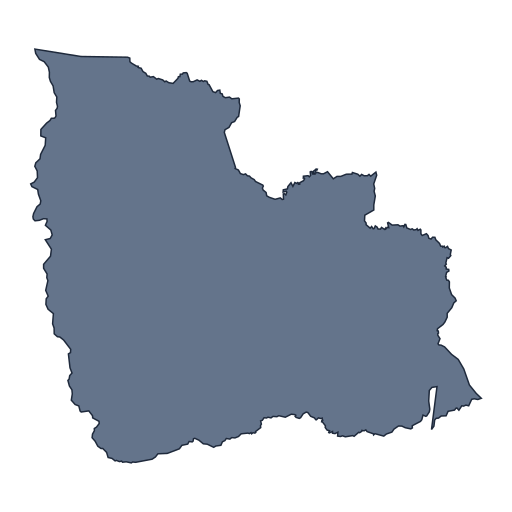 Aripuanã, Mato Grosso, Brazil (Robinson projection)
{"feature_id": "56859067B70029021148533", "entity_name": "Aripuanã", "entity_type": "district", "adm_level": 2, "iso_a3": "BRA", "parent_name": "Brazil", "parent_adm1": "Mato Grosso", "projection": "robinson", "projection_center": [-59.67, -10.104], "detail": "fine", "context": "isolated", "style": "filled", "palette": "slate", "viewbox_px": 512, "rotation_deg": 0, "n_neighbors": 0, "source": "geoboundaries", "source_scale": "gbopen_adm2", "svg_char_len": 5968}
<svg xmlns="http://www.w3.org/2000/svg" viewBox="0 0 512 512"><path d="M315.3,169.8L313.2,171.4L313.9,173.3L315.1,173.3L315.0,174.1L312.6,174.0L312.0,171.9L311.1,171.4L310.2,171.9L310.6,175.4L309.3,176.8L308.1,175.7L303.4,176.2L303.3,178.1L304.1,178.0L304.6,178.8L303.5,180.7L299.9,182.6L299.7,184.2L298.4,184.3L298.5,183.1L297.8,182.5L296.5,183.4L294.9,182.5L292.9,186.4L291.0,182.7L287.9,186.5L287.4,188.9L283.3,189.8L283.1,192.1L286.3,191.2L286.8,192.2L285.8,194.9L284.3,193.7L283.3,193.9L283.5,199.2L282.2,199.5L280.3,197.9L275.1,199.3L269.3,197.3L266.7,195.8L266.1,192.5L263.1,190.0L262.4,188.1L263.3,186.1L262.8,185.1L255.5,181.5L254.2,179.6L251.0,177.8L249.5,176.1L247.4,175.8L245.6,173.9L243.4,174.6L240.4,173.6L238.4,170.0L235.1,168.5L235.5,167.4L224.3,132.4L225.0,129.7L229.0,127.4L231.6,122.7L234.6,121.5L237.2,117.3L238.6,116.5L240.2,105.8L239.2,102.5L239.3,99.0L238.5,98.1L231.8,98.8L229.5,97.1L225.3,97.7L222.9,96.3L222.2,93.9L220.3,93.3L219.8,90.1L217.5,90.5L215.6,92.6L212.9,91.7L209.1,84.7L208.1,84.4L206.9,81.3L204.6,80.8L203.3,81.5L201.4,80.3L199.9,81.3L197.1,79.9L193.3,81.7L191.1,81.8L189.7,81.1L187.2,73.3L186.3,72.6L183.2,72.9L182.5,74.1L180.3,74.2L179.9,76.6L178.4,76.7L177.9,78.4L173.1,83.4L168.8,82.7L166.1,81.0L164.8,81.8L162.7,79.9L158.3,78.5L156.7,79.2L153.4,76.6L150.2,77.2L149.3,76.2L147.3,76.0L145.8,73.3L143.0,71.6L141.1,68.2L138.7,67.7L138.0,67.3L138.3,66.3L136.2,66.0L131.3,63.0L129.9,61.7L129.8,58.1L127.5,57.2L81.0,56.5L34.9,49.1L35.7,53.4L39.5,59.4L44.2,61.7L48.3,67.1L49.4,72.2L49.3,77.5L50.4,81.3L53.1,85.9L54.2,92.7L56.8,97.0L56.5,102.3L57.5,106.4L57.1,108.4L55.5,110.4L56.0,115.9L55.5,117.0L54.5,118.2L51.3,118.3L50.0,120.5L46.6,123.1L40.9,129.4L40.8,135.9L45.7,137.8L45.2,145.3L40.6,154.4L40.0,158.8L35.8,162.8L34.8,166.3L37.2,170.9L37.5,177.7L34.2,182.1L30.7,183.9L31.9,186.6L37.7,189.5L38.4,194.1L40.8,200.8L40.2,204.0L37.0,206.7L33.6,213.5L32.9,216.7L33.3,219.0L35.0,220.8L39.4,220.3L43.5,218.7L46.9,218.9L47.1,221.4L45.4,225.3L50.8,230.0L52.2,234.9L50.2,238.5L45.3,239.7L51.4,249.2L50.5,256.2L43.6,264.3L43.6,268.3L47.1,274.0L46.8,277.7L47.9,280.6L45.7,290.4L48.2,296.2L46.2,298.8L45.9,304.4L48.1,309.3L53.4,313.6L52.6,323.8L54.1,328.0L54.2,333.8L57.4,336.7L59.8,337.0L63.6,340.0L70.7,349.3L70.5,352.6L68.4,353.9L70.0,367.8L72.0,373.0L69.7,375.6L69.1,379.1L67.9,380.4L69.4,386.0L71.9,389.8L72.3,393.9L71.3,400.2L75.1,404.5L78.8,405.9L80.1,411.0L81.2,412.0L88.8,410.9L92.5,415.7L92.7,417.9L99.0,421.3L99.2,423.5L96.5,427.1L94.3,428.5L94.4,430.7L92.5,434.1L92.1,437.7L95.2,441.3L97.8,446.2L101.0,448.5L102.8,448.5L106.6,452.4L108.1,457.5L112.0,458.4L115.1,460.9L116.4,460.4L119.5,461.6L121.6,461.1L122.5,462.2L126.3,461.8L131.3,462.9L132.6,462.0L135.6,462.3L152.1,459.2L155.4,457.0L157.9,453.8L167.3,453.4L179.4,448.8L181.9,445.3L187.7,444.1L189.1,441.5L192.2,441.9L193.1,441.1L193.5,438.7L194.8,438.3L198.8,440.1L203.3,443.8L207.3,444.2L213.7,447.3L215.9,446.0L220.9,445.3L222.4,441.8L224.9,440.6L226.3,438.5L229.9,439.1L231.7,437.6L235.0,437.9L238.5,436.5L241.2,433.8L247.9,433.1L249.4,433.6L251.0,432.6L251.6,433.8L253.0,432.7L254.9,433.1L255.8,432.4L255.5,431.6L260.7,427.6L260.5,425.6L261.4,424.1L260.6,420.9L262.3,420.3L264.1,417.7L266.5,418.0L268.0,417.2L271.0,417.9L273.0,416.4L276.9,416.7L278.8,415.7L285.3,417.2L291.3,414.2L294.9,414.6L295.8,415.2L295.1,416.3L296.1,417.4L299.3,418.4L300.6,417.7L303.2,413.8L306.2,412.1L307.8,412.5L310.7,416.3L314.5,417.9L315.7,419.7L316.4,419.8L318.4,417.9L321.2,418.6L322.1,418.1L322.7,420.4L321.8,420.7L321.6,421.8L322.5,422.0L325.4,425.8L325.2,427.5L327.1,430.1L329.5,430.7L328.7,432.5L329.3,432.9L332.5,431.5L332.5,433.2L335.0,433.6L337.9,432.2L337.6,436.1L340.5,436.5L342.5,435.8L345.3,436.8L352.7,435.6L354.1,436.3L358.7,432.3L359.6,432.7L361.8,431.3L361.9,430.4L364.1,430.8L365.8,429.9L367.1,431.6L373.4,433.8L373.6,434.9L375.0,433.7L383.8,436.1L386.4,434.0L391.9,432.1L394.0,429.1L398.5,426.0L401.9,426.1L405.2,427.7L410.8,428.9L412.4,427.9L412.2,425.9L413.0,425.3L420.5,421.4L421.8,419.7L423.0,415.1L425.8,416.3L426.7,415.9L429.3,411.9L429.8,409.1L428.7,401.0L429.3,390.5L431.9,387.4L437.0,386.6L431.5,429.5L433.9,426.2L434.7,419.9L436.2,418.3L438.5,418.1L441.2,416.0L446.1,415.8L448.1,411.3L454.5,410.1L456.0,408.2L456.9,408.0L458.9,410.2L461.8,405.8L463.6,406.1L465.9,405.1L468.7,405.8L471.7,399.3L474.3,398.8L477.8,399.5L481.3,398.3L476.2,393.4L469.4,385.0L463.8,369.0L458.2,359.4L451.6,354.4L444.6,346.9L441.0,345.1L439.0,345.0L438.0,343.8L440.0,338.7L437.8,335.2L437.8,333.6L438.5,333.1L438.3,331.0L437.2,330.7L437.5,328.7L443.0,324.5L444.9,322.0L447.2,317.2L447.2,313.3L451.8,307.7L453.8,302.9L456.2,300.8L455.1,298.1L451.6,294.6L449.3,288.0L449.4,281.9L448.4,280.3L446.8,280.1L445.8,277.7L446.2,276.9L445.6,276.5L446.6,272.4L448.9,271.0L448.7,269.4L446.2,269.0L446.2,267.2L444.7,265.9L446.3,264.2L445.8,263.0L447.1,257.7L448.5,258.3L450.8,255.6L450.3,254.5L451.2,250.0L448.5,248.6L447.5,246.4L445.6,247.7L444.7,247.6L444.2,246.2L442.8,247.0L442.6,246.2L440.7,246.2L439.5,243.4L435.8,239.8L434.9,237.3L432.6,237.2L431.0,239.1L428.8,238.2L428.1,235.6L426.4,233.7L422.2,235.5L420.9,233.7L420.9,230.0L420.3,229.2L418.0,230.4L417.1,228.7L416.2,229.6L413.8,230.0L412.2,228.8L410.5,229.5L406.8,227.9L405.8,224.5L404.9,224.4L403.8,226.9L403.1,225.7L400.0,226.1L398.0,224.8L392.2,225.1L388.4,222.4L387.6,222.9L388.7,227.6L387.5,227.3L385.9,228.9L385.7,228.0L384.6,229.4L381.5,227.4L380.5,229.1L378.0,229.0L377.2,227.2L375.3,225.9L374.1,228.5L373.2,228.8L371.6,226.5L370.2,228.2L366.1,224.7L366.1,223.0L364.5,220.9L364.8,215.2L373.8,210.0L373.8,204.9L375.3,196.0L374.1,191.3L374.7,188.4L373.7,184.0L376.7,175.2L375.9,172.1L370.7,176.2L369.0,174.4L367.4,175.7L364.2,175.8L361.6,174.4L359.9,176.2L357.8,174.2L352.4,172.5L351.9,174.1L346.3,174.2L340.8,176.4L337.0,176.4L333.3,178.8L327.5,171.7L323.5,173.8L321.2,173.8L317.6,172.4L316.1,172.8L315.3,169.8ZM315.3,169.8L316.9,170.1L317.3,169.2L316.1,169.0L315.3,169.8Z" fill="#64748b" stroke="#1e293b" stroke-width="1.5"/></svg>